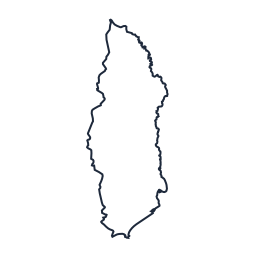 Aiguá, Maldonado, Uruguay (orthographic projection), rotated 355°
{"feature_id": "84410073B87742847582616", "entity_name": "Aiguá", "entity_type": "district", "adm_level": 2, "iso_a3": "URY", "parent_name": "Uruguay", "parent_adm1": "Maldonado", "projection": "orthographic", "projection_center": [-54.554, -34.619], "detail": "fine", "context": "isolated", "style": "outline", "palette": "slate", "viewbox_px": 256, "rotation_deg": 355, "n_neighbors": 0, "source": "geoboundaries", "source_scale": "gbopen_adm2", "svg_char_len": 5856}
<svg xmlns="http://www.w3.org/2000/svg" viewBox="0 0 256 256"><g transform="rotate(355 128 128)"><path d="M100.6,86.4L100.7,87.7L105.0,90.8L106.0,91.8L106.3,93.9L106.3,95.2L107.0,95.9L107.4,97.0L106.9,98.0L102.9,101.5L102.9,103.0L100.1,103.9L96.6,105.5L94.3,106.7L93.5,107.9L93.1,110.3L93.8,115.4L93.7,118.3L92.8,119.6L87.6,129.9L87.8,130.9L88.7,132.3L89.5,133.9L89.3,135.3L88.5,136.0L87.3,136.2L86.4,136.8L86.9,139.4L86.9,141.8L85.9,142.8L85.6,143.7L86.6,144.8L88.8,146.1L89.5,147.0L89.4,149.9L88.6,155.5L90.4,156.7L90.8,157.7L90.7,158.9L90.2,160.0L89.3,160.8L88.8,162.1L89.8,162.5L91.0,162.5L91.2,166.8L95.3,169.4L98.4,171.9L98.6,173.6L97.8,176.2L96.7,178.6L94.7,182.2L95.4,184.2L95.1,185.4L93.9,186.6L94.2,190.8L95.5,200.0L96.1,202.6L98.0,204.6L98.0,205.2L94.8,207.9L94.8,210.3L96.3,211.2L97.5,212.1L98.6,212.3L99.1,212.6L98.7,213.6L97.9,214.8L95.5,215.1L95.7,215.6L96.2,216.1L96.0,217.1L93.6,218.6L93.1,219.2L93.9,220.5L95.6,222.0L97.6,224.4L99.5,226.3L101.1,227.4L103.6,228.6L104.2,229.1L104.5,230.0L103.4,232.1L102.6,234.0L103.0,235.0L106.6,233.5L108.0,233.0L109.9,232.8L113.2,232.9L114.3,233.3L114.6,233.6L114.9,233.6L115.5,234.1L115.6,234.4L115.9,234.6L116.0,234.9L116.0,235.2L115.7,235.3L115.8,235.6L115.6,235.8L115.6,236.2L116.3,236.5L116.7,236.7L117.1,237.1L118.4,237.4L118.3,237.2L118.3,236.9L118.6,236.6L119.1,236.4L119.7,236.5L119.4,236.4L119.3,236.0L119.8,235.9L119.9,235.6L119.6,235.4L119.3,235.1L119.2,234.2L119.3,233.8L119.9,232.1L121.3,230.1L123.2,228.1L125.4,226.3L128.0,224.6L145.2,215.1L144.9,214.5L144.9,214.1L144.7,213.7L143.8,213.0L144.3,212.8L144.8,212.1L146.2,211.2L146.8,211.1L146.9,211.3L146.9,211.6L146.2,212.1L145.7,212.9L146.2,213.3L146.6,213.0L147.6,211.7L147.8,211.0L148.5,210.4L151.9,208.7L152.6,208.2L152.6,207.4L152.5,206.8L152.0,205.6L152.0,204.9L152.3,203.4L151.9,202.2L150.8,200.5L150.6,199.4L150.5,198.6L151.2,197.6L151.6,195.5L151.9,194.7L152.3,193.9L153.5,192.4L153.8,191.6L153.3,193.3L153.4,194.1L153.8,194.8L155.0,194.5L155.2,193.9L155.1,193.0L155.7,193.4L156.3,194.1L157.7,194.8L158.7,195.0L160.0,194.6L160.8,193.9L161.5,191.8L161.4,188.1L161.1,186.4L160.2,183.3L159.5,181.7L158.7,181.1L158.3,180.5L157.3,179.9L157.0,179.6L157.2,179.0L157.1,178.2L157.0,177.8L156.5,177.2L156.4,176.8L156.5,176.3L156.8,175.9L157.0,175.4L156.9,174.4L156.9,173.9L156.6,173.3L155.8,172.7L155.2,171.8L155.2,171.3L155.4,170.8L155.8,170.7L155.9,170.9L155.9,171.4L156.2,171.4L156.5,171.3L156.8,170.8L156.6,170.5L156.4,170.5L156.2,170.1L156.7,169.4L157.1,168.3L157.4,166.8L157.2,166.3L157.5,165.6L157.4,165.0L157.5,164.7L157.5,164.0L157.5,163.3L157.1,162.4L157.1,161.9L157.4,161.7L157.8,161.7L157.9,160.1L157.8,159.1L156.7,158.3L156.7,158.1L157.3,157.9L158.0,156.8L158.3,154.8L158.2,154.2L157.9,154.0L157.0,152.5L157.0,152.1L157.2,151.3L157.1,150.6L156.4,149.8L155.7,149.5L154.7,148.7L154.2,147.5L154.3,146.7L155.7,145.6L155.8,145.2L156.1,144.1L155.9,142.9L156.1,142.5L156.2,141.7L156.6,140.4L157.5,139.0L157.6,138.5L157.4,137.9L157.2,137.7L156.9,137.1L156.8,136.6L156.9,136.2L157.2,135.3L157.5,135.1L157.6,134.2L157.9,134.0L158.0,133.6L158.2,133.4L158.2,133.1L158.6,132.4L158.6,132.1L158.2,131.3L157.8,131.1L157.1,131.0L156.7,130.8L156.7,130.5L156.4,130.2L156.4,129.6L156.0,128.8L155.9,128.4L156.0,128.1L155.9,127.5L156.0,127.3L155.8,126.9L155.9,126.1L156.2,125.1L156.0,124.6L156.1,124.2L155.8,123.8L155.7,123.1L156.0,122.9L156.2,122.4L157.1,122.0L157.2,121.6L157.3,120.7L157.4,120.1L157.6,119.7L158.7,119.6L159.1,119.1L159.4,119.0L159.2,118.6L159.3,118.3L159.2,117.9L159.3,116.8L158.7,116.1L158.1,116.0L157.6,115.1L157.8,114.4L158.0,114.1L157.9,113.7L158.8,113.6L159.4,112.1L159.6,111.3L159.3,110.7L159.3,110.4L159.7,110.2L160.1,109.8L160.5,109.5L163.3,109.4L163.8,109.0L164.3,108.2L164.5,107.2L164.4,106.8L164.1,106.4L164.2,105.8L164.1,105.5L164.2,105.3L164.1,104.9L164.1,104.7L165.1,104.3L165.5,103.1L166.1,102.7L166.2,102.2L166.6,101.0L167.3,99.9L168.2,99.4L168.6,99.4L169.1,99.6L169.8,99.5L170.0,98.5L170.4,97.7L170.0,96.1L170.2,94.2L169.5,92.7L169.4,92.1L168.9,91.3L168.6,90.5L168.6,89.6L169.3,88.7L169.3,88.2L168.3,86.8L166.9,86.7L166.4,86.1L166.4,85.5L165.2,83.4L165.7,81.1L165.2,80.1L164.5,79.6L163.8,79.9L162.6,79.2L162.4,78.9L162.3,78.0L162.0,77.6L161.2,77.8L160.6,78.4L159.1,79.2L158.1,78.8L157.1,78.0L157.3,76.2L157.2,75.6L156.7,74.4L155.8,73.3L156.3,71.6L156.3,70.9L156.0,70.4L155.0,69.8L154.7,69.3L155.0,68.4L155.2,68.2L155.8,67.9L157.2,67.5L157.5,67.2L157.3,66.8L156.3,66.5L155.9,66.3L155.8,66.1L156.0,65.9L156.9,65.6L157.5,65.1L157.5,64.7L157.3,64.2L156.8,64.0L156.6,63.3L155.7,63.2L155.6,62.9L155.7,62.5L157.0,61.7L156.9,60.9L157.0,60.5L156.7,60.0L156.2,59.7L155.5,59.8L154.9,60.1L154.5,60.5L154.3,60.5L154.4,59.6L154.4,59.0L154.6,58.4L155.0,57.8L154.8,57.2L154.9,56.7L155.1,56.5L155.5,56.6L155.9,57.2L156.1,57.1L156.2,56.9L155.9,56.6L156.0,56.4L155.9,55.9L155.3,54.3L154.9,53.7L154.2,53.1L154.0,52.7L152.9,52.5L152.8,52.2L152.6,51.2L152.0,50.1L151.3,50.2L151.4,49.7L151.6,49.4L152.4,49.1L152.6,48.8L152.5,48.6L151.8,48.1L151.4,48.1L150.1,48.7L149.9,49.1L149.5,49.0L149.5,48.9L149.6,48.1L148.7,47.2L148.5,46.9L148.6,46.4L149.4,45.5L149.2,44.2L148.7,43.9L148.2,44.0L147.7,44.4L147.4,44.1L146.6,43.8L146.5,43.4L146.7,42.9L146.5,42.5L147.0,42.3L147.1,42.0L146.9,41.6L146.3,41.3L145.9,40.8L146.4,40.1L146.6,38.5L145.7,38.4L145.0,37.8L144.2,37.4L144.0,36.8L143.5,36.4L143.3,35.6L142.1,35.5L140.5,34.9L140.1,33.8L135.4,32.1L134.9,29.4L135.2,26.9L134.2,26.1L132.4,26.1L129.9,27.0L129.1,26.9L125.8,25.2L123.7,23.7L122.1,21.5L121.5,20.1L120.9,19.2L120.2,18.6L119.5,18.9L119.7,19.8L120.2,21.5L119.2,24.0L118.3,28.5L116.0,31.0L114.5,32.9L114.3,38.2L115.9,50.9L114.5,53.2L112.7,55.1L112.3,57.4L108.7,60.9L108.6,62.2L111.0,66.3L111.3,67.3L110.6,67.9L109.9,69.2L105.6,71.7L104.2,72.9L103.2,75.1L103.2,78.0L102.9,80.3L101.1,80.9L101.0,81.9L101.7,85.4L101.6,86.3L100.6,86.4Z" fill="none" stroke="#1e293b" stroke-width="2"/></g></svg>